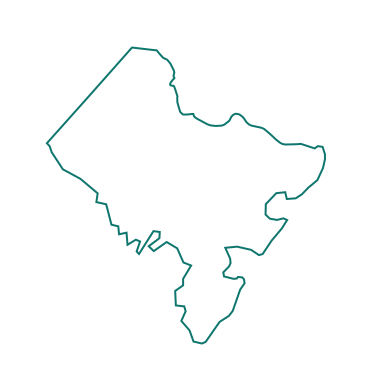 Chatham, Georgia, United States of America, rotated 352°
{"feature_id": "52423323B68249799438553", "entity_name": "Chatham", "entity_type": "district", "adm_level": 2, "iso_a3": "USA", "parent_name": "United States of America", "parent_adm1": "Georgia", "projection": "albers", "projection_center": [-81.083, 31.979], "detail": "fine", "context": "isolated", "style": "outline", "palette": "teal", "viewbox_px": 384, "rotation_deg": 352, "n_neighbors": 0, "source": "geoboundaries", "source_scale": "gbopen_adm2", "svg_char_len": 1848}
<svg xmlns="http://www.w3.org/2000/svg" viewBox="0 0 384 384"><g transform="rotate(352 192 192)"><path d="M176.9,46.9L152.7,40.6L103.0,83.0L55.1,123.5L57.4,126.8L58.6,133.1L67.3,151.6L83.4,163.5L98.4,180.2L95.9,188.7L105.3,192.2L107.7,213.2L114.2,215.7L113.9,223.7L121.5,223.2L120.8,235.3L129.8,231.4L133.7,233.8L128.9,243.2L130.9,246.0L148.4,225.4L154.5,227.1L153.3,233.2L141.6,239.7L145.9,245.2L159.9,238.0L169.5,245.7L173.7,260.6L180.9,264.7L171.1,276.8L170.2,283.2L161.6,287.6L160.2,302.1L168.4,304.2L169.1,309.2L163.5,318.2L170.3,328.7L172.7,340.3L180.7,343.4L184.6,342.4L201.2,324.5L211.3,319.8L215.8,315.4L226.1,295.4L231.4,289.6L231.3,285.6L229.9,283.6L225.8,282.5L224.3,283.9L221.2,283.8L212.0,280.1L211.8,275.9L218.4,270.8L220.3,267.7L220.5,263.2L217.2,251.9L229.0,252.4L242.5,257.5L249.5,263.8L253.3,263.3L263.9,251.4L275.9,240.6L282.3,233.0L278.8,230.8L272.3,231.5L265.3,229.2L261.7,224.6L263.4,214.3L275.3,204.9L284.3,205.2L284.9,212.1L293.8,212.7L300.5,209.6L307.9,203.8L317.8,197.7L325.0,186.6L328.2,178.2L328.9,173.1L327.6,165.5L323.0,164.1L319.6,165.9L306.5,159.5L302.8,159.3L294.0,158.3L290.4,157.8L288.0,156.9L286.0,155.4L282.6,151.9L277.8,145.9L272.2,139.6L269.8,138.1L260.1,134.5L258.0,133.2L255.7,130.5L253.7,126.4L252.4,124.4L249.7,121.8L248.4,121.2L246.2,120.6L243.7,121.2L241.6,122.8L239.6,125.6L238.9,126.6L233.4,129.8L230.6,130.4L224.7,129.9L219.6,128.6L216.4,126.9L208.1,120.8L206.1,119.2L205.8,119.0L204.5,117.2L204.2,114.9L203.2,114.7L199.7,114.7L194.4,114.2L193.3,113.5L191.4,110.9L190.0,101.2L190.5,96.6L190.9,95.2L190.0,90.0L189.9,89.2L189.0,85.0L188.5,84.4L185.9,83.5L185.3,82.8L185.4,82.0L186.0,80.8L187.8,79.0L189.5,77.4L190.3,77.1L190.4,76.1L189.8,75.1L190.1,73.7L191.1,71.3L190.9,69.0L188.5,61.9L185.9,57.6L182.1,55.1L181.8,54.7L178.6,49.9L176.9,46.9Z" fill="none" stroke="#0f766e" stroke-width="2"/></g></svg>